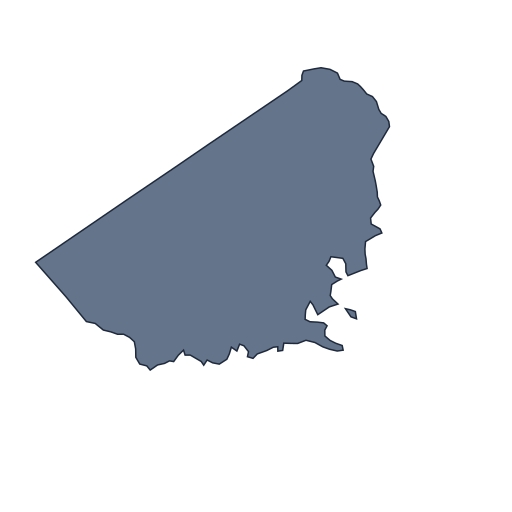 Jundiaí do Sul, Paraná, Brazil, rotated 56°
{"feature_id": "56859067B90908496279670", "entity_name": "Jundiaí do Sul", "entity_type": "district", "adm_level": 2, "iso_a3": "BRA", "parent_name": "Brazil", "parent_adm1": "Paraná", "projection": "natural_earth1", "projection_center": [-50.188, -23.472], "detail": "fine", "context": "isolated", "style": "filled", "palette": "slate", "viewbox_px": 512, "rotation_deg": 56, "n_neighbors": 0, "source": "geoboundaries", "source_scale": "gbopen_adm2", "svg_char_len": 1858}
<svg xmlns="http://www.w3.org/2000/svg" viewBox="0 0 512 512"><g transform="rotate(56 256 256)"><path d="M129.2,113.2L131.9,116.9L136.1,119.9L136.7,137.3L136.9,232.4L137.2,274.2L137.3,332.2L138.0,442.2L183.7,436.3L215.5,433.3L222.0,427.0L232.0,424.0L237.8,418.7L243.5,414.5L246.8,409.5L252.8,406.3L259.0,404.8L265.7,407.7L272.8,412.3L280.6,412.8L286.0,408.0L291.4,407.5L291.3,398.5L293.9,391.9L294.6,386.3L297.5,383.3L294.8,375.9L293.5,368.7L298.5,370.2L301.4,365.9L307.4,363.0L312.8,360.4L317.3,360.4L314.9,354.7L320.3,351.7L325.1,346.9L325.3,337.9L322.2,332.8L317.8,327.4L324.1,325.0L319.9,318.9L323.7,316.2L331.1,315.7L334.7,319.4L339.2,315.7L337.9,309.7L340.4,299.9L341.3,292.7L343.4,288.7L347.1,291.1L349.2,286.7L343.8,281.7L348.2,275.6L351.8,270.4L353.8,261.7L356.9,258.9L360.7,255.5L368.7,251.4L374.4,247.2L380.2,241.8L382.8,236.4L378.4,234.6L372.9,238.7L367.4,241.8L360.8,243.6L355.9,240.4L353.6,236.1L349.3,237.3L345.3,241.9L340.7,248.0L336.0,250.7L332.3,248.0L328.5,244.9L323.9,236.4L328.3,236.1L339.2,237.6L339.2,223.7L341.7,214.9L334.3,216.6L330.3,216.6L327.1,213.6L322.0,209.2L322.2,202.8L322.8,198.3L317.8,202.0L310.3,201.1L303.0,202.9L301.3,198.5L298.5,194.3L306.5,185.3L312.6,185.9L319.5,190.3L323.7,190.8L326.7,177.1L328.5,170.9L324.7,169.1L319.7,166.3L315.5,164.5L311.1,161.8L305.3,157.1L305.9,145.6L307.3,138.8L302.9,138.0L293.9,142.6L288.6,139.8L286.4,133.1L285.4,128.7L283.5,124.1L279.3,123.0L274.9,122.3L270.9,119.8L264.8,117.0L260.4,115.1L251.2,111.6L247.5,108.3L239.9,106.5L236.8,101.3L223.4,73.0L218.8,70.7L212.9,70.3L207.7,72.5L203.1,72.2L195.3,69.8L189.0,70.3L183.6,73.6L178.7,74.0L174.2,74.6L170.2,75.5L165.2,78.8L160.4,85.0L156.6,87.5L149.9,86.2L142.6,90.3L136.3,96.8L133.4,103.1L129.2,113.2ZM349.7,211.3L359.5,211.3L364.3,207.8L357.6,204.7L353.3,207.9L349.7,211.3Z" fill="#64748b" stroke="#1e293b" stroke-width="1.5"/></g></svg>